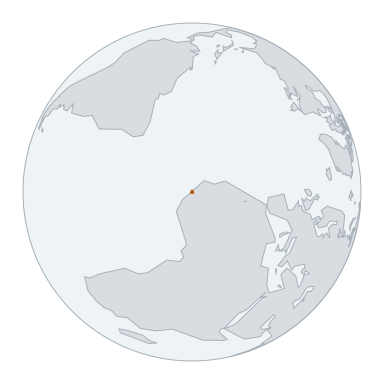 Boffa highlighted on a globe, orthographic projection, rotated 85°
{"feature_id": "GIN-5628", "entity_name": "Boffa", "entity_type": "Prefecture", "adm_level": 1, "iso_a3": "GIN", "parent_name": "Guinea", "parent_adm1": "", "projection": "orthographic", "projection_center": [-14.034, 10.295], "detail": "fine", "context": "on_globe", "style": "filled", "palette": "amber", "viewbox_px": 384, "rotation_deg": 85, "n_neighbors": 0, "source": "natural_earth", "source_scale": "10m", "svg_char_len": 8940}
<svg xmlns="http://www.w3.org/2000/svg" viewBox="0 0 384 384"><g transform="rotate(85 192 192)"><circle cx="192" cy="192" r="169" fill="#eef3f6" stroke="#a8b0b8"/><path d="M140.6,31.1L127.3,37.6L130.7,36.4L127.8,38.8L130.7,38.5L127.4,40.2L132.5,38.6L135.0,37.1L138.0,35.9L139.9,35.8L136.1,37.8L134.6,38.2L134.5,38.8L131.7,39.9L134.2,39.3L129.3,42.1L136.9,39.2L135.3,41.4L131.4,43.4L128.2,43.2L111.0,49.2L106.0,52.1L102.1,55.8L102.3,62.0L98.3,65.5L95.4,70.2L99.2,67.9L102.9,63.5L109.4,61.0L113.0,56.5L116.2,55.1L121.4,50.9L124.4,51.6L124.6,54.8L120.4,58.4L120.3,60.1L127.4,57.0L122.7,64.9L124.8,72.2L123.1,74.6L114.3,77.6L106.4,76.0L95.0,82.0L106.2,78.5L101.9,85.2L102.8,86.7L105.3,86.9L108.4,84.6L107.8,87.2L96.4,91.1L96.8,88.8L100.4,87.4L96.7,87.0L89.0,90.6L87.4,94.2L77.4,97.4L76.2,100.2L73.3,102.8L76.0,97.9L71.0,107.0L59.0,115.2L52.0,132.2L54.7,118.1L53.1,115.8L50.5,115.0L49.2,117.7L47.6,114.2L43.0,118.7L36.7,131.5L33.7,142.4L36.0,144.5L38.8,139.1L41.7,139.2L35.1,154.1L39.5,158.5L36.4,170.2L37.1,177.1L40.4,176.6L43.4,180.7L47.2,174.5L52.5,171.9L51.0,181.7L55.2,173.5L57.3,178.9L68.9,181.0L67.6,183.0L77.2,196.6L89.9,203.8L92.9,211.4L91.1,215.6L96.1,217.5L96.2,220.5L118.2,227.5L131.2,235.9L131.9,245.8L123.4,256.3L121.1,279.1L107.1,284.8L107.3,293.5L102.8,305.1L93.9,302.6L100.3,309.5L98.5,312.6L93.7,311.9L96.2,316.2L92.9,315.5L97.5,318.9L97.2,323.3L103.2,328.2L104.3,331.6L108.4,334.4L106.9,334.0L106.7,334.6L108.4,335.9L101.6,332.5L93.9,326.3L92.0,323.7L90.0,322.7L85.4,315.7L85.1,316.8L75.9,304.6L71.8,294.9L60.0,264.0L56.1,257.1L47.7,247.8L37.1,221.4L38.1,212.1L36.6,206.9L41.7,194.5L41.5,181.0L40.1,178.5L37.9,182.9L34.1,172.7L34.4,162.1L31.6,140.1L33.2,134.6L36.3,126.7L41.1,116.0L47.0,105.3L53.6,95.1L61.0,85.3L69.0,76.2L77.7,67.6L87.0,59.6L96.8,52.4L107.1,45.9L117.9,40.1L129.1,35.2L140.6,31.1ZM49.4,137.8L54.6,148.5L49.5,148.1L50.8,146.8L50.0,142.8L47.7,138.6L43.8,139.2L49.4,137.8ZM56.4,129.5L55.4,128.5L56.7,128.8L56.4,129.5ZM119.4,50.9L120.4,50.9L118.9,51.6L119.4,50.9ZM120.7,49.2L118.3,50.0L118.6,49.4L120.1,48.9L120.7,49.2ZM123.6,48.4L119.4,48.2L119.9,47.1L126.0,44.3L123.6,48.4ZM134.9,36.7L132.4,38.3L132.7,37.2L134.9,36.7ZM134.4,36.3L131.0,35.5L135.7,33.4L135.8,33.9L140.5,31.8L144.4,31.1L142.8,32.1L139.0,33.5L143.4,32.3L134.4,36.3ZM139.3,35.4L138.2,35.3L142.1,33.4L145.1,33.4L142.8,34.0L139.3,35.4ZM139.7,31.7L143.2,30.5L147.4,29.6L149.3,29.1L144.9,30.9L139.7,31.7ZM142.9,34.3L146.4,33.5L146.3,34.3L140.6,35.5L142.9,34.3ZM141.9,33.0L144.0,32.2L143.8,32.6L141.9,33.0ZM147.9,37.3L146.5,36.9L148.4,35.8L147.9,37.3ZM147.8,33.1L147.8,32.8L148.4,32.5L150.7,32.1L147.8,33.1ZM148.1,30.3L149.1,30.3L150.1,29.4L153.3,29.0L149.8,30.4L152.6,29.6L153.6,29.5L149.7,30.8L148.1,30.3ZM154.8,30.8L151.4,32.9L153.6,33.8L151.9,34.7L148.7,33.1L154.8,30.8ZM152.1,30.6L153.4,30.9L150.6,31.7L148.1,32.1L152.1,30.6ZM156.7,28.2L152.7,28.6L153.6,28.3L156.7,28.2ZM155.9,30.8L156.7,30.3L156.4,30.8L155.9,30.8ZM157.0,28.8L155.5,28.8L156.6,28.5L157.0,28.8ZM159.5,29.4L158.4,30.0L156.7,30.2L159.5,29.4ZM158.8,29.0L160.6,28.5L156.7,29.9L158.0,29.0L158.8,29.0ZM158.3,28.4L158.8,28.5L158.3,28.4ZM166.8,28.6L162.3,30.4L158.4,30.7L163.4,28.9L166.8,28.6ZM114.7,339.2L103.1,333.4L108.8,336.2L108.4,334.7L116.1,338.7L114.7,339.2ZM115.5,335.4L117.6,334.9L119.4,335.8L118.3,336.4L115.5,335.4ZM359.2,167.7L354.3,147.4L349.1,133.1L349.1,135.5L342.5,125.2L336.3,128.5L333.8,125.1L333.0,127.7L328.0,125.3L323.5,119.9L321.2,121.2L332.8,135.6L335.0,134.4L334.6,127.2L337.6,132.8L342.1,136.7L343.0,153.0L331.1,171.5L327.2,159.9L304.0,131.4L303.1,127.8L302.9,127.4L302.5,126.7L303.1,132.8L298.2,127.3L313.6,147.4L317.3,156.7L331.0,172.2L330.3,174.4L333.9,177.3L341.9,169.8L342.6,173.8L340.5,194.0L326.9,223.6L327.2,240.3L323.5,255.1L311.7,267.0L309.2,277.8L302.6,282.9L299.9,289.1L292.6,296.5L281.7,304.1L267.0,306.4L268.8,301.0L265.5,291.2L262.1,265.8L268.7,252.8L268.6,243.3L257.6,223.0L260.2,210.7L256.5,206.0L249.4,208.0L244.9,202.3L240.3,202.6L209.8,209.3L198.8,202.1L181.8,178.9L186.1,169.0L184.0,158.0L211.3,119.1L220.4,120.4L245.7,113.2L249.4,114.0L250.0,122.4L271.7,130.1L274.6,122.5L290.8,125.7L299.3,123.9L296.1,108.3L282.1,110.8L276.2,104.1L284.6,95.9L296.3,94.5L294.4,92.0L284.1,87.4L283.8,82.2L280.1,85.6L283.8,87.8L281.7,90.2L278.1,88.4L278.2,86.5L273.8,86.0L274.8,96.1L278.6,99.5L269.0,103.1L274.5,109.3L272.9,112.9L263.1,103.8L261.7,100.1L245.9,91.7L246.4,95.7L261.4,104.2L258.0,103.9L258.9,110.3L255.6,105.2L239.0,95.6L228.4,99.5L219.9,116.4L212.6,118.6L204.1,116.3L202.0,100.6L218.6,97.7L218.1,92.8L210.3,86.8L216.0,86.7L214.9,84.1L220.7,83.1L224.6,76.2L229.9,74.9L227.2,67.5L229.6,66.1L230.5,70.7L233.9,73.6L246.5,71.4L247.7,69.6L245.0,65.2L248.8,65.5L244.5,61.5L249.7,59.0L239.8,59.0L236.3,54.7L237.2,51.0L234.2,49.8L232.9,56.0L233.9,58.5L237.7,60.6L239.0,68.6L235.6,70.5L227.4,62.8L221.7,64.9L217.9,58.7L223.9,44.7L228.6,41.9L245.1,45.1L246.5,47.6L241.2,47.5L249.9,51.1L247.4,49.1L250.5,49.6L248.0,46.3L250.1,46.5L244.1,43.2L246.4,43.1L250.2,45.3L248.4,41.1L252.1,40.6L250.7,39.7L248.1,38.7L254.5,39.2L253.2,38.5L250.6,38.0L246.2,36.4L241.0,33.9L243.5,34.2L245.7,35.1L254.1,37.9L259.6,40.7L260.1,40.7L255.9,38.3L245.7,34.9L241.9,33.4L246.6,34.6L244.6,34.0L243.4,33.4L244.7,33.2L239.4,31.8L223.7,26.5L224.5,26.2L230.4,27.5L227.5,26.8L239.2,29.8L250.7,33.6L261.9,38.2L272.7,43.5L283.1,49.7L293.0,56.5L302.4,64.1L311.2,72.3L319.5,81.1L327.1,90.5L334.0,100.4L340.1,110.8L345.6,121.5L350.2,132.7L354.0,144.1L357.0,155.8L359.2,167.7ZM205.8,138.1L206.0,141.4L206.0,141.5L205.8,138.1ZM311.5,101.4L316.7,100.5L309.6,92.1L311.0,91.3L308.0,89.0L309.0,91.6L301.1,85.3L301.5,82.2L298.4,78.8L296.5,78.9L296.9,85.8L308.3,94.5L309.2,98.5L311.5,101.4ZM69.3,181.0L70.5,183.1L68.5,182.8L69.3,181.0ZM47.7,151.9L49.3,152.6L49.8,154.4L48.4,154.4L47.7,151.9ZM63.9,156.4L66.3,157.8L63.4,158.0L63.9,156.4ZM55.6,149.9L62.0,155.6L56.4,157.3L52.5,153.8L55.8,153.8L55.6,149.9ZM53.5,134.7L54.2,135.8L53.3,137.4L53.5,134.7ZM57.4,129.9L56.9,129.9L57.0,128.3L57.4,129.9ZM102.6,85.0L103.5,84.8L105.5,85.5L103.6,86.3L102.6,85.0ZM120.4,82.8L119.0,87.2L118.7,84.4L115.7,86.1L111.4,82.9L122.0,75.6L118.0,79.3L120.4,82.8ZM108.6,77.2L110.1,79.6L108.0,77.3L108.6,77.2ZM202.9,72.8L206.3,73.9L206.1,76.9L199.4,79.9L199.5,75.5L202.9,72.8ZM211.1,75.0L204.9,67.2L208.8,65.5L207.7,67.7L210.9,67.3L209.9,70.8L219.7,77.3L220.2,80.5L207.5,83.5L211.4,80.5L207.9,79.4L211.1,75.0ZM182.2,55.0L179.5,52.9L191.4,51.7L192.5,53.9L185.9,56.7L180.7,55.7L182.2,55.0ZM135.2,44.1L133.4,44.2L134.5,43.5L136.9,42.8L135.2,44.1ZM147.0,37.2L144.1,43.1L141.9,43.4L142.8,47.1L137.4,49.6L137.0,47.0L133.5,51.9L131.0,50.6L129.2,54.0L128.9,48.0L126.5,47.4L131.3,47.1L136.3,44.7L137.8,43.6L140.1,40.0L137.4,38.1L141.9,35.9L145.9,34.9L147.2,35.0L143.8,36.3L148.1,35.5L144.2,37.5L147.0,37.2ZM189.5,30.9L185.0,31.2L192.8,32.2L189.0,33.3L190.1,33.4L188.7,34.8L189.1,36.8L186.8,37.2L187.9,37.8L187.0,39.0L187.7,40.1L184.0,41.3L184.6,42.9L182.4,42.6L184.5,45.0L181.3,43.8L179.8,45.5L183.7,45.8L161.5,52.1L154.7,56.4L150.7,61.0L145.7,59.0L146.2,53.7L150.0,47.7L157.2,44.2L153.7,44.2L156.1,42.6L157.9,43.2L156.6,41.3L159.0,40.2L162.4,36.4L158.9,34.9L160.0,33.7L162.6,33.8L161.9,32.6L167.6,32.0L168.5,31.3L175.1,30.3L179.6,31.3L180.3,30.4L185.3,29.9L189.5,30.9ZM168.7,28.3L175.0,28.8L175.9,29.7L164.1,31.2L162.5,32.0L155.0,33.4L153.7,32.1L156.0,31.8L157.9,31.2L157.5,31.8L159.3,30.9L162.5,30.4L164.7,29.7L166.1,29.9L168.7,28.3ZM251.5,110.6L254.0,110.6L257.5,109.8L258.0,114.0L251.5,110.6ZM240.2,104.2L242.2,103.4L244.7,108.4L242.0,108.6L240.2,104.2ZM241.1,98.9L242.1,102.9L240.0,100.8L241.1,98.9ZM232.1,69.9L233.9,69.1L234.9,70.1L234.9,71.8L232.1,69.9ZM211.9,36.0L209.2,35.6L209.2,35.2L204.6,33.4L207.0,32.7L210.8,33.5L211.9,36.0ZM295.0,111.3L293.8,114.6L291.9,113.5L292.7,112.5L295.0,111.3ZM276.0,114.4L281.3,115.5L276.1,115.5L276.0,114.4ZM213.9,35.0L211.7,34.3L214.3,34.4L213.9,35.0ZM208.6,32.2L211.3,32.2L206.8,32.5L208.6,32.2ZM339.2,248.2L326.2,275.3L322.0,276.7L323.8,269.6L330.3,253.6L336.0,247.7L339.5,240.0L339.2,248.2ZM231.8,31.5L235.6,34.4L239.9,36.8L244.9,38.2L239.5,37.8L232.8,34.1L231.8,31.5ZM224.4,26.9L220.0,26.2L220.8,26.1L221.9,26.2L224.4,26.9ZM222.6,26.8L219.4,26.8L216.2,26.1L219.3,26.2L222.6,26.8ZM216.9,30.0L217.8,30.8L215.6,30.5L216.9,30.0Z" fill="#d9dde1" stroke="#a8b0b8" stroke-width="1"/><path d="M193.0,193.0L192.9,193.2L192.8,193.3L192.7,193.3L192.5,193.2L192.4,193.1L192.2,193.0L192.2,192.9L191.9,192.8L191.9,192.7L192.0,192.6L191.9,192.6L192.0,192.5L192.0,192.4L191.9,192.4L191.8,192.5L191.7,192.7L191.7,192.4L191.6,192.5L191.4,192.5L191.4,192.4L191.1,192.2L190.9,192.2L190.7,192.1L190.8,192.0L190.8,191.9L190.7,191.9L190.5,191.7L190.5,191.4L190.8,191.2L191.3,191.1L191.5,191.0L191.7,190.9L192.0,190.9L192.0,191.0L192.3,190.9L192.5,190.8L192.6,190.7L192.8,190.7L193.2,190.8L193.2,191.2L193.0,191.3L192.9,191.4L192.8,191.5L192.6,191.7L192.6,191.8L192.6,192.0L192.5,192.3L192.4,192.5L192.7,192.9L192.8,192.9L193.0,193.0L193.0,193.0Z" fill="#f59e0b" stroke="#b45309" stroke-width="1.5"/></g></svg>